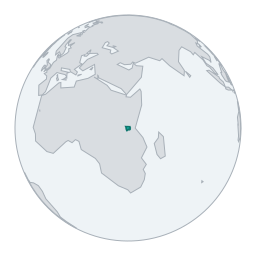 globe centered on Arusha, rotated 332°
{"feature_id": "TZA-3391", "entity_name": "Arusha", "entity_type": "Region", "adm_level": 1, "iso_a3": "TZA", "parent_name": "United Republic of Tanzania", "parent_adm1": "", "projection": "orthographic", "projection_center": [35.974, -2.918], "detail": "fine", "context": "on_globe", "style": "filled", "palette": "teal", "viewbox_px": 256, "rotation_deg": 332, "n_neighbors": 0, "source": "natural_earth", "source_scale": "10m", "svg_char_len": 6689}
<svg xmlns="http://www.w3.org/2000/svg" viewBox="0 0 256 256"><g transform="rotate(332 128 128)"><circle cx="128" cy="128" r="113" fill="#eef3f6" stroke="#a8b0b8"/><path d="M15.8,118.3L15.8,119.5L15.7,124.2L15.6,127.2L15.9,127.9L15.9,129.9L18.9,132.2L21.8,136.9L22.7,143.8L22.2,151.9L26.2,168.8L26.5,174.8L29.6,181.5L35.1,191.5L34.9,191.4L30.3,184.1L26.4,176.5L23.0,168.7L20.2,160.6L18.0,152.3L16.5,143.9L15.6,135.4L15.4,126.8L15.8,118.3ZM215.1,56.6L215.3,57.0L212.8,53.9L214.4,56.3L216.7,59.0L217.2,59.3L219.7,63.1L223.6,68.6L227.0,74.4L230.2,83.5L229.2,85.6L229.8,87.5L227.8,84.8L227.6,88.1L233.0,100.3L233.6,103.6L232.1,109.2L231.7,106.6L226.6,99.5L227.3,107.4L231.2,114.9L232.6,123.3L230.3,120.2L228.7,112.8L226.9,110.1L226.2,103.1L222.4,92.6L220.0,94.0L219.1,90.0L213.5,81.5L209.5,83.4L203.7,93.2L204.8,103.7L202.0,108.2L194.0,92.6L190.6,82.7L187.6,83.5L179.5,75.2L165.1,74.3L163.1,71.9L160.4,73.0L154.7,70.5L151.8,66.7L148.3,66.9L156.0,77.2L159.8,77.0L163.1,73.2L164.6,76.9L170.1,80.4L163.6,89.5L142.4,97.8L140.5,90.1L125.7,70.0L126.3,67.9L126.2,67.6L126.0,67.2L124.4,70.7L121.9,67.0L129.6,80.5L130.8,86.7L142.1,98.3L140.9,99.5L144.6,102.0L156.8,99.1L156.8,101.8L150.9,114.1L134.3,131.5L136.7,143.4L135.8,153.7L125.8,160.7L127.1,168.7L122.0,171.7L121.9,176.3L118.1,181.3L111.5,186.1L99.8,186.6L98.8,182.4L92.4,174.5L83.5,155.3L86.1,146.3L84.9,139.5L76.6,125.1L78.4,116.8L76.2,113.6L71.7,114.7L69.3,110.9L66.6,111.0L50.1,115.3L45.3,110.7L40.3,96.1L43.5,89.7L44.6,82.9L67.0,58.8L71.1,59.5L88.1,55.7L90.1,56.3L87.5,61.1L99.7,66.6L104.4,62.3L116.1,65.4L124.3,65.2L128.3,56.2L114.9,56.3L113.2,52.1L124.4,48.4L136.2,49.1L135.9,47.6L129.0,44.1L132.2,41.5L126.6,42.7L128.5,44.3L125.1,45.2L123.1,44.0L124.4,43.0L120.9,42.4L116.0,47.7L117.4,49.8L108.2,51.0L109.6,54.8L106.9,56.7L103.5,51.1L104.2,49.0L97.5,43.7L95.9,45.9L102.1,51.3L99.9,50.9L97.8,54.5L97.7,51.5L91.3,45.7L83.3,47.7L72.2,57.2L67.8,58.5L64.4,57.3L69.4,48.3L78.9,46.5L80.7,43.9L79.6,40.6L82.6,40.6L83.3,39.2L87.0,38.6L92.9,35.1L96.7,34.5L99.8,30.8L102.2,30.1L99.7,32.4L100.0,33.9L109.6,33.3L111.7,32.5L112.9,30.2L115.4,30.6L115.4,28.5L121.3,27.7L114.1,27.2L115.3,25.1L119.3,23.6L118.4,22.9L112.0,25.5L110.5,26.7L111.4,27.8L106.4,31.6L103.0,32.4L103.3,28.5L98.4,29.4L100.8,26.4L116.8,20.5L123.1,19.7L131.8,21.9L129.9,22.9L125.8,22.5L128.9,24.5L129.0,23.5L131.1,24.0L132.8,22.6L134.3,22.9L133.4,21.2L135.4,21.4L136.0,22.5L140.4,21.1L144.9,21.6L145.2,21.2L144.1,20.6L150.6,21.8L150.5,21.5L148.3,20.9L146.7,20.0L146.4,19.0L148.6,19.5L149.0,19.9L153.3,21.7L154.1,23.1L155.0,23.2L154.9,22.2L149.6,19.9L148.8,19.2L151.6,20.1L150.5,19.7L150.8,19.5L153.2,19.9L150.2,18.9L150.3,17.6L155.0,18.6L157.4,19.3L158.3,19.5L166.5,22.1L174.5,25.4L182.2,29.2L189.5,33.7L196.6,38.6L203.2,44.1L209.4,50.1L215.1,56.6ZM58.7,70.2L57.9,72.2L58.7,70.2ZM148.4,55.0L155.6,55.6L152.8,50.2L155.4,50.2L153.5,48.5L152.6,49.9L148.0,45.5L151.3,44.2L150.6,42.2L148.1,41.9L142.9,45.0L149.4,51.1L147.6,53.1L148.4,55.0ZM83.6,33.3L84.6,33.9L82.8,35.4L78.0,37.1L80.5,34.8L83.6,33.3ZM86.4,34.4L88.0,30.5L91.1,29.6L89.1,30.7L91.0,30.5L88.3,32.3L89.6,35.6L88.1,37.3L79.9,38.9L83.4,37.3L82.3,36.7L86.4,34.4ZM86.8,25.2L87.6,24.4L93.3,23.4L91.9,24.4L87.0,25.8L85.7,25.6L86.8,25.2ZM116.1,16.0L113.8,16.3L115.3,16.2L112.1,16.6L112.4,16.6L109.9,17.0L107.4,17.6L106.0,17.8L105.6,18.0L103.9,18.5L102.9,18.8L100.1,19.4L98.7,20.0L98.2,20.0L96.5,20.8L96.5,20.5L94.2,21.2L95.4,21.2L82.6,25.1L77.3,27.5L72.8,30.0L73.4,29.5L74.1,29.1L82.0,25.2L90.2,21.9L98.7,19.2L107.4,17.3L116.1,16.0ZM92.8,54.4L94.4,54.5L97.1,54.2L95.8,56.6L92.8,54.4ZM88.3,50.4L89.8,50.0L89.3,52.9L87.6,53.0L88.3,50.4ZM91.1,47.5L90.0,49.8L89.6,48.6L91.1,47.5ZM101.2,32.1L102.9,31.7L102.9,32.2L101.7,33.1L101.2,32.1ZM119.7,17.2L118.7,17.1L119.3,16.9L119.3,16.4L121.7,16.3L122.6,16.5L119.7,17.2ZM125.8,57.7L123.2,59.5L122.0,58.6L123.2,58.2L125.8,57.7ZM108.6,57.8L112.3,58.8L108.2,58.5L108.6,57.8ZM122.3,17.0L122.0,16.7L123.4,16.8L122.3,17.0ZM123.4,16.2L125.1,16.2L122.0,16.2L123.4,16.2ZM168.5,209.2L169.1,210.7L167.4,210.8L168.5,209.2ZM155.2,152.2L147.7,170.3L142.3,170.4L141.2,165.0L143.9,154.0L150.2,150.9L153.2,146.0L155.2,152.2ZM238.2,146.0L238.5,147.0L238.4,147.5L238.2,146.0ZM238.1,143.7L238.5,144.4L237.8,144.8L238.1,143.7ZM238.7,144.6L239.1,144.2L239.4,143.5L239.2,144.6L238.7,144.6ZM237.7,143.4L234.3,141.5L232.7,139.4L233.3,137.6L236.0,139.2L237.7,143.4ZM233.2,137.5L230.3,131.1L224.4,114.3L226.6,115.0L232.3,125.6L232.0,127.2L233.8,132.1L233.2,137.5ZM239.1,130.0L238.7,134.9L237.1,133.4L236.3,132.2L235.7,125.5L236.0,122.5L236.8,122.9L238.5,113.6L239.4,116.7L239.2,120.8L239.8,125.5L239.1,130.0ZM205.3,104.8L208.0,111.3L206.3,112.2L205.3,104.8ZM238.1,106.8L238.1,110.8L237.7,105.2L238.1,106.8ZM237.2,101.4L237.7,103.8L237.0,101.3L237.2,101.4ZM230.8,90.5L230.0,90.7L229.4,89.1L230.1,88.0L230.8,90.5ZM229.5,79.5L231.5,84.0L232.0,85.4L230.7,82.5L229.5,79.5ZM142.3,17.6L139.7,18.3L139.4,19.2L141.7,20.1L137.3,19.3L137.8,17.9L142.3,17.6ZM149.1,17.5L147.0,17.0L148.6,17.3L149.3,17.4L149.1,17.5ZM147.4,17.1L143.5,16.6L142.8,16.4L146.0,16.8L147.4,17.1ZM132.9,16.1L131.9,16.2L130.8,16.1L132.9,16.1ZM222.8,188.8L219.3,192.0L219.5,190.3L221.8,187.1L226.7,176.4L226.9,176.8L229.7,169.9L233.6,165.4L237.2,155.6L237.1,156.1L234.5,164.7L231.3,173.0L227.4,181.0L222.8,188.8ZM239.3,145.3L238.7,147.8L239.4,144.5L239.3,145.3ZM240.5,134.5L240.5,134.2L240.5,134.5ZM240.1,127.0L240.2,130.3L240.5,128.9L240.2,131.3L240.1,136.9L239.9,138.7L240.1,132.7L239.6,138.3L239.4,137.9L239.6,132.8L240.0,127.1L240.2,124.9L240.6,125.1L240.1,127.0ZM240.0,116.3L240.1,117.0L239.5,112.4L239.5,113.5L239.0,108.9L239.1,109.2L240.0,116.3ZM238.8,107.7L238.8,108.7L238.4,105.9L238.8,107.7ZM238.5,107.2L237.9,104.4L238.2,105.1L238.5,107.2ZM238.7,107.0L238.9,108.1L237.9,103.5L238.1,104.1L238.7,107.0ZM236.4,98.2L237.9,103.4L236.9,100.5L234.4,91.8L234.6,92.0L236.4,98.2Z" fill="#d9dde1" stroke="#a8b0b8" stroke-width="1"/><path d="M126.6,125.6L126.9,125.8L127.3,126.0L127.7,126.3L128.2,126.5L128.6,126.7L129.0,127.0L129.4,127.2L129.9,127.5L130.3,127.7L130.7,127.9L130.8,128.0L130.6,127.9L130.4,127.9L130.2,127.9L130.1,128.0L129.8,128.2L129.8,128.3L129.8,128.5L130.1,128.6L130.1,128.8L130.1,129.1L129.9,129.3L129.7,129.3L129.4,129.3L129.2,129.5L129.1,129.9L129.1,130.2L129.1,130.3L128.9,130.3L128.7,130.3L128.1,129.7L127.9,129.4L127.8,129.5L127.7,129.6L127.6,129.8L127.5,129.7L127.6,129.4L127.5,129.5L127.2,129.5L127.1,129.4L126.9,129.4L126.7,129.5L126.4,129.6L126.2,129.8L125.9,129.9L125.7,129.9L125.6,129.7L125.7,129.4L125.8,129.4L125.9,127.9L126.0,127.9L126.0,128.0L126.3,128.0L126.4,127.9L126.5,127.3L126.5,127.2L126.6,126.9L126.8,126.7L126.7,126.6L126.5,126.4L126.6,125.6L126.6,125.6Z" fill="#14b8a6" stroke="#0f766e" stroke-width="1.5"/></g></svg>